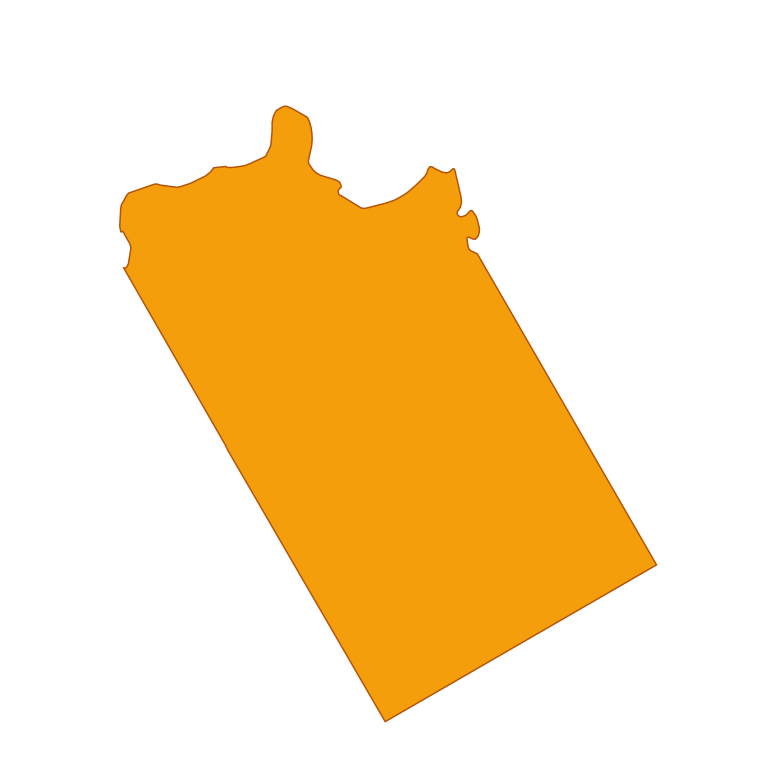 the district of Clay, Texas, United States of America, rotated 330°
{"feature_id": "52423323B2844770292718", "entity_name": "Clay", "entity_type": "district", "adm_level": 2, "iso_a3": "USA", "parent_name": "United States of America", "parent_adm1": "Texas", "projection": "orthographic", "projection_center": [-98.12, 33.812], "detail": "fine", "context": "isolated", "style": "filled", "palette": "amber", "viewbox_px": 768, "rotation_deg": 330, "n_neighbors": 0, "source": "geoboundaries", "source_scale": "gbopen_adm2", "svg_char_len": 1588}
<svg xmlns="http://www.w3.org/2000/svg" viewBox="0 0 768 768"><g transform="rotate(330 384 384)"><path d="M216.2,677.0L529.6,676.9L529.9,318.0L525.7,311.8L525.1,310.2L525.2,308.8L525.9,306.0L528.4,299.8L529.2,298.8L530.5,298.8L533.2,302.6L535.5,304.3L539.3,303.1L542.0,300.6L544.4,297.1L546.9,288.7L547.6,284.4L547.1,278.5L546.3,277.3L545.6,277.0L540.0,278.7L538.2,278.7L534.5,277.9L533.6,277.2L532.5,275.2L532.4,273.1L533.5,271.6L538.4,269.2L542.1,265.3L544.5,259.7L552.2,234.4L552.4,233.1L551.9,232.4L551.1,232.1L547.5,232.9L545.3,232.9L543.5,232.3L540.2,229.4L536.5,224.1L534.1,219.9L532.3,218.8L529.5,220.0L526.3,222.9L523.0,224.7L510.2,228.0L500.5,229.8L494.7,230.2L485.2,230.1L475.3,228.1L455.9,222.6L454.2,221.8L452.1,219.9L441.2,199.8L439.9,198.0L439.9,195.9L440.9,193.8L442.4,192.9L445.2,192.1L445.7,191.5L446.2,189.8L446.5,186.7L444.4,183.3L433.5,171.7L431.1,167.7L429.6,163.4L429.0,155.6L430.1,152.9L440.7,141.2L444.2,136.1L447.2,130.2L449.1,125.3L450.3,121.0L451.0,115.8L450.6,114.1L442.4,99.9L438.8,95.1L437.1,93.8L433.6,93.2L427.3,93.4L422.1,96.8L417.9,101.5L416.4,104.2L413.7,108.8L405.6,120.4L403.4,122.3L395.2,127.7L379.5,126.3L373.4,125.4L370.9,124.7L361.9,121.1L356.9,118.4L355.7,116.5L344.7,111.6L339.8,113.6L333.8,114.6L317.0,113.5L307.5,111.6L303.1,110.2L290.1,100.2L287.4,97.4L285.4,96.2L258.3,91.0L255.8,91.8L246.2,97.5L243.9,100.1L234.0,115.3L232.2,120.6L232.6,120.9L234.2,121.3L234.0,135.6L233.0,139.5L222.7,152.1L220.3,153.8L218.8,154.3L217.2,153.8L216.6,153.4L216.1,356.9L215.6,363.5L216.2,677.0Z" fill="#f59e0b" stroke="#b45309" stroke-width="1.5"/></g></svg>